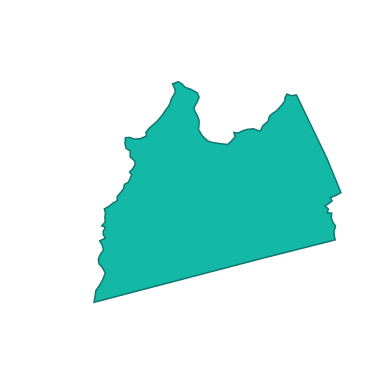 outline of São Domingos do Cariri, Paraíba, Brazil, rotated 244°
{"feature_id": "56859067B21904800653931", "entity_name": "São Domingos do Cariri", "entity_type": "district", "adm_level": 2, "iso_a3": "BRA", "parent_name": "Brazil", "parent_adm1": "Paraíba", "projection": "natural_earth1", "projection_center": [-36.372, -7.576], "detail": "fine", "context": "isolated", "style": "filled", "palette": "teal", "viewbox_px": 384, "rotation_deg": 244, "n_neighbors": 0, "source": "geoboundaries", "source_scale": "gbopen_adm2", "svg_char_len": 1541}
<svg xmlns="http://www.w3.org/2000/svg" viewBox="0 0 384 384"><g transform="rotate(244 192 192)"><path d="M297.8,221.9L292.6,221.7L289.1,220.9L286.5,217.1L284.2,213.6L281.3,211.2L278.9,207.8L277.1,204.0L274.0,198.7L271.0,191.9L269.7,187.5L268.3,182.2L265.9,176.8L262.3,175.6L262.6,169.3L264.7,163.4L268.2,160.2L270.0,156.0L265.1,153.1L260.1,151.8L256.1,154.5L250.6,151.8L244.7,154.2L241.3,152.7L238.7,148.5L237.3,144.6L233.8,145.3L231.3,142.4L228.7,139.1L228.5,134.7L224.9,131.9L222.5,126.9L220.6,122.6L217.0,121.1L216.6,115.7L215.5,111.0L215.3,105.8L210.8,104.9L207.4,102.6L203.0,100.8L201.2,96.0L198.1,98.8L195.7,95.1L192.5,93.5L188.5,94.0L188.6,87.6L183.2,88.1L178.5,86.9L176.2,82.2L172.4,78.2L168.1,76.9L164.2,78.2L157.3,78.6L152.5,73.5L149.0,68.6L145.6,62.4L140.7,59.1L135.8,55.6L102.0,224.1L86.2,299.7L89.8,300.6L94.1,302.2L98.5,306.1L102.5,305.4L107.9,305.8L111.7,308.3L114.1,304.5L116.9,307.1L121.1,305.4L121.7,310.0L122.6,314.0L126.2,313.8L125.8,319.8L126.2,325.6L162.8,328.0L233.4,328.4L235.1,323.3L238.4,320.3L236.1,317.0L233.0,315.2L230.4,309.8L227.9,303.6L227.3,299.1L226.2,294.9L222.3,291.4L220.6,285.0L216.8,279.8L221.9,274.9L224.2,268.6L224.8,263.3L224.8,259.2L227.2,255.7L222.6,255.0L220.4,249.3L219.1,244.9L221.2,241.5L223.4,238.0L225.7,234.8L228.1,231.4L230.7,228.8L234.7,227.0L238.9,225.7L245.5,225.3L249.5,227.9L253.4,229.8L258.9,230.3L263.0,229.9L266.7,230.5L270.4,235.8L274.0,239.9L279.0,240.1L285.1,235.8L289.1,231.7L293.2,230.5L297.1,228.2L297.8,221.9Z" fill="#14b8a6" stroke="#0f766e" stroke-width="1.5"/></g></svg>